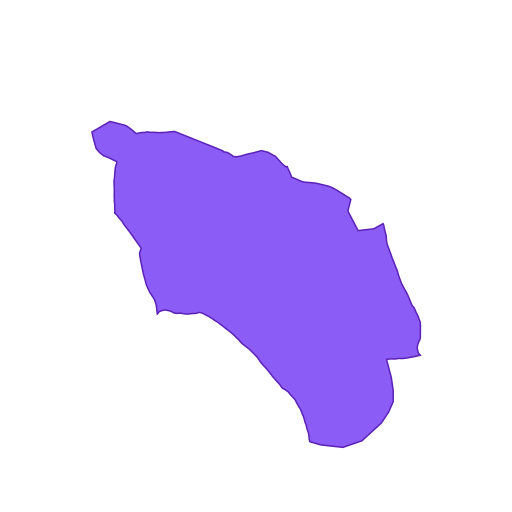 Marisule/La Brellotte, Gros Islet, Saint Lucia (Equal Earth projection), rotated 312°
{"feature_id": "8701671B65833866980229", "entity_name": "Marisule/La Brellotte", "entity_type": "district", "adm_level": 2, "iso_a3": "LCA", "parent_name": "Saint Lucia", "parent_adm1": "Gros Islet", "projection": "equal_earth", "projection_center": [-60.972, 14.058], "detail": "fine", "context": "isolated", "style": "filled", "palette": "violet", "viewbox_px": 512, "rotation_deg": 312, "n_neighbors": 0, "source": "geoboundaries", "source_scale": "gbopen_adm2", "svg_char_len": 4246}
<svg xmlns="http://www.w3.org/2000/svg" viewBox="0 0 512 512"><g transform="rotate(312 256 256)"><path d="M146.9,221.4L148.0,221.5L148.9,221.4L149.8,221.3L152.1,222.4L153.6,223.4L154.8,224.3L155.7,225.5L156.4,226.7L157.0,227.8L157.6,228.8L158.2,230.6L158.7,232.9L159.4,234.2L160.7,236.0L161.7,236.7L162.7,237.8L164.7,240.8L166.1,242.9L167.4,244.4L168.9,245.7L169.9,246.5L171.7,248.3L173.3,249.9L174.7,250.6L176.0,251.6L176.6,252.3L177.6,254.3L178.9,259.3L179.5,261.7L179.8,263.3L180.2,265.7L180.6,269.1L181.2,271.9L181.3,273.2L181.3,274.4L181.7,278.2L181.8,279.6L181.8,281.4L181.9,282.3L181.9,282.9L182.1,284.3L182.3,286.6L182.3,287.8L182.4,289.2L182.4,290.3L182.4,291.8L182.4,293.7L182.2,296.6L182.2,297.8L182.3,298.8L182.1,300.0L181.8,301.4L181.7,302.4L181.6,303.6L181.7,305.5L181.7,306.3L181.8,307.4L181.9,308.4L182.0,309.5L182.1,310.8L182.2,312.0L182.3,312.9L182.2,314.3L182.2,315.3L182.1,316.8L182.0,318.3L182.0,319.8L181.8,321.6L181.7,324.3L181.5,325.2L181.3,325.9L181.0,327.2L180.4,329.4L180.2,330.2L179.7,333.9L179.7,334.4L179.5,335.6L179.5,336.5L179.4,337.8L179.0,340.8L178.8,341.9L178.7,343.2L178.1,346.0L178.0,347.0L177.4,349.6L177.4,350.4L177.3,351.2L176.9,354.1L176.7,356.0L176.6,357.0L176.5,358.3L176.4,359.8L176.1,360.7L175.8,362.0L175.6,363.0L175.4,364.1L175.9,366.1L176.1,366.6L176.6,371.2L176.3,372.2L176.2,372.8L176.1,373.8L175.9,375.3L175.9,375.9L175.8,376.6L175.7,377.8L175.6,378.7L175.5,379.4L175.5,380.0L175.4,380.6L175.2,381.5L174.9,382.5L174.5,383.3L174.2,384.2L173.9,384.8L173.6,386.0L173.4,386.4L173.2,387.0L172.9,388.0L172.5,389.1L172.1,391.0L171.1,393.2L170.8,393.9L169.8,395.5L169.2,397.1L169.0,397.5L168.8,398.0L168.4,398.7L167.6,400.1L167.1,401.0L166.8,401.4L166.2,402.3L165.4,403.5L165.0,404.2L164.4,405.6L164.1,406.1L163.6,406.7L162.7,408.1L162.0,409.1L161.7,409.5L161.5,409.9L161.0,410.7L160.8,411.2L160.3,412.0L159.9,412.8L159.5,413.5L159.0,414.2L158.6,414.6L157.5,415.9L155.2,418.4L154.0,420.3L159.0,430.6L172.0,448.7L189.6,458.4L215.7,460.9L228.8,459.0L239.6,455.4L246.7,449.0L247.7,448.1L256.3,437.8L266.5,422.2L267.5,423.1L268.9,424.3L269.6,424.9L272.7,428.5L273.9,429.4L274.5,429.9L275.3,430.5L276.2,431.6L277.4,433.0L278.2,433.9L279.1,434.6L280.8,436.1L282.0,437.1L283.6,438.2L285.7,439.9L287.4,441.2L288.2,441.7L292.2,444.5L292.6,441.3L295.4,437.5L297.3,436.1L298.7,435.4L301.1,434.4L303.3,433.8L305.3,432.8L306.7,431.5L310.0,428.6L314.1,425.0L316.6,422.5L318.0,419.8L319.9,416.3L321.3,412.6L322.9,409.2L323.6,407.1L323.5,405.5L328.6,394.7L329.7,392.0L330.5,389.4L331.3,387.0L332.5,384.0L333.3,381.8L334.3,380.1L335.4,377.8L337.4,374.3L338.8,372.2L340.4,369.3L341.8,366.2L343.5,362.9L345.4,359.0L347.0,356.1L352.6,345.5L354.2,343.4L355.7,341.7L356.6,340.9L358.3,339.0L359.4,337.3L360.9,335.0L362.7,332.5L364.2,330.6L365.1,328.8L355.0,325.3L343.2,314.9L350.9,294.2L361.5,288.6L361.6,286.6L361.0,283.6L360.4,279.8L359.4,274.3L358.9,271.6L358.5,269.7L357.9,267.2L357.1,264.9L356.4,263.2L353.8,258.3L352.2,255.4L350.4,252.1L347.4,247.9L345.9,246.0L344.0,243.5L342.5,241.2L341.6,239.0L341.1,237.6L340.5,235.6L339.3,232.1L338.4,229.8L339.5,227.7L340.9,224.8L342.1,221.8L343.3,219.4L342.5,219.0L342.1,217.1L342.0,214.6L342.1,212.7L342.5,209.4L342.7,207.1L342.9,205.5L343.0,204.2L343.0,203.2L342.5,201.7L341.2,195.7L339.7,192.9L338.2,189.9L336.4,188.5L331.2,185.2L325.8,181.3L320.4,178.0L317.0,175.4L314.8,172.7L314.7,170.4L314.0,166.2L313.4,164.7L312.6,163.6L311.7,162.0L312.0,161.0L294.0,112.0L293.5,111.6L292.6,110.8L290.7,109.0L287.8,106.5L282.4,101.0L280.6,98.6L277.3,94.8L275.2,91.8L273.9,91.1L271.4,88.5L266.8,85.0L266.8,83.9L266.7,79.4L266.1,72.9L265.2,70.6L263.2,66.8L260.6,61.8L258.2,57.4L238.4,51.1L237.3,52.4L234.3,56.8L228.9,65.3L228.2,70.5L228.5,75.4L230.9,82.2L232.3,87.3L233.0,89.1L232.6,89.7L231.8,90.4L229.8,91.1L228.9,91.6L227.0,92.7L223.8,95.1L219.8,98.2L216.4,100.5L210.3,106.5L206.5,109.8L201.5,114.5L198.9,117.4L198.0,118.0L194.9,121.2L193.4,122.1L193.3,125.4L192.5,129.5L192.2,132.9L191.2,136.2L190.6,139.1L189.4,145.7L185.3,164.0L184.8,165.6L180.4,167.4L178.6,169.2L177.1,171.2L175.7,172.9L172.1,177.8L167.2,184.5L163.7,190.0L162.3,192.0L160.9,194.3L157.9,201.4L155.7,209.7L155.4,210.2L153.6,213.3L152.7,214.8L146.9,221.4Z" fill="#8b5cf6" stroke="#5b21b6" stroke-width="1.5"/></g></svg>